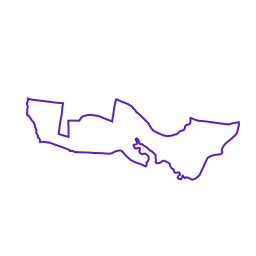 Nain Feto, Dili, East Timor (Equal Earth projection), rotated 290°
{"feature_id": "22284137B75963303915609", "entity_name": "Nain Feto", "entity_type": "district", "adm_level": 2, "iso_a3": "TLS", "parent_name": "East Timor", "parent_adm1": "Dili", "projection": "equal_earth", "projection_center": [125.588, -8.569], "detail": "fine", "context": "isolated", "style": "outline", "palette": "violet", "viewbox_px": 256, "rotation_deg": 290, "n_neighbors": 0, "source": "geoboundaries", "source_scale": "gbopen_adm2", "svg_char_len": 4105}
<svg xmlns="http://www.w3.org/2000/svg" viewBox="0 0 256 256"><g transform="rotate(290 128 128)"><path d="M171.3,230.1L169.7,227.2L167.7,224.0L166.2,222.2L165.0,218.4L164.1,214.2L162.4,206.4L160.9,199.4L159.2,192.8L158.9,191.3L158.8,189.6L158.7,187.0L158.9,184.4L158.9,183.3L158.2,183.4L156.4,184.1L154.3,184.9L152.1,184.1L151.0,182.0L150.0,181.2L148.6,181.2L147.0,181.4L145.2,181.2L143.9,179.5L142.8,178.1L141.1,177.1L138.9,175.9L138.1,174.6L136.4,172.5L134.9,169.9L133.8,167.7L133.4,165.4L133.2,163.3L133.5,157.5L134.0,154.0L134.6,152.0L135.6,150.0L137.0,148.6L137.7,147.4L139.6,145.2L140.6,143.2L141.2,141.6L143.8,136.1L145.2,132.7L145.7,130.6L147.3,128.5L148.5,125.9L149.4,124.8L149.9,122.8L150.5,119.6L150.5,117.7L150.6,115.9L150.6,113.2L150.8,111.3L150.9,108.4L151.0,107.2L150.1,106.9L149.4,107.2L144.8,107.7L140.5,108.5L136.9,109.3L131.8,110.2L128.7,110.9L128.9,103.2L129.0,100.6L129.2,96.4L128.0,90.4L127.3,87.4L125.6,84.6L124.0,82.1L123.1,81.3L122.1,80.7L121.0,80.4L119.5,80.1L118.0,79.5L117.5,77.6L116.8,75.5L115.8,72.9L114.4,69.4L111.0,70.7L109.6,71.3L108.1,72.0L104.1,73.4L102.1,74.2L99.3,75.2L99.1,71.9L98.7,67.0L98.7,64.9L105.8,63.3L112.4,62.0L116.1,61.4L119.8,60.7L125.7,59.1L129.1,58.5L127.8,53.9L126.4,48.2L124.6,40.0L122.7,32.1L121.7,27.6L121.4,23.9L121.1,24.0L120.7,24.2L120.4,24.3L120.1,24.4L119.9,24.5L119.7,24.5L119.3,24.5L118.3,24.6L117.9,24.6L117.7,24.6L117.1,24.5L116.9,24.5L116.7,24.6L116.2,24.7L116.0,24.8L115.7,25.0L115.4,25.3L115.1,25.6L114.9,25.8L114.6,26.1L114.1,26.3L113.8,26.4L113.3,26.6L112.8,26.7L112.7,26.8L112.2,26.8L111.9,26.8L111.7,26.9L111.4,26.9L111.2,27.0L110.6,27.1L110.3,27.3L109.6,27.5L108.6,27.8L108.2,27.9L108.0,28.0L107.7,28.0L107.4,28.1L107.2,28.1L106.8,28.3L106.3,28.7L106.1,28.8L105.7,28.9L105.6,29.0L105.4,29.2L105.8,30.3L105.7,30.4L105.5,30.6L105.4,30.8L105.2,30.9L105.1,31.2L104.8,31.5L104.0,32.7L103.8,33.1L103.6,33.2L103.5,33.4L103.2,33.7L102.9,34.1L102.7,34.3L102.3,34.9L102.2,35.1L101.7,36.0L101.5,36.4L101.3,36.6L101.2,36.8L101.0,37.1L100.9,37.3L100.7,37.5L100.3,38.1L100.1,38.2L100.0,38.4L99.8,38.5L99.7,38.7L99.5,38.8L99.1,39.2L98.9,39.3L98.7,39.5L98.4,39.8L98.2,39.9L97.9,40.0L97.5,40.3L97.1,40.5L96.9,40.8L96.6,41.0L96.4,41.2L96.2,41.3L95.6,41.6L95.1,41.8L95.0,42.3L94.5,42.6L93.6,43.1L92.7,43.0L92.0,43.4L91.9,43.8L89.6,46.3L88.9,46.2L88.3,46.5L88.1,47.6L87.4,48.6L86.5,49.3L86.0,49.7L84.7,50.2L85.5,51.6L86.2,54.0L87.2,58.4L87.5,59.9L87.4,61.8L87.4,67.4L87.5,71.4L87.5,76.3L87.4,78.9L87.4,80.3L86.9,80.6L86.8,80.8L86.6,81.0L86.6,81.4L86.7,81.7L86.8,82.1L86.9,82.3L87.2,82.3L87.3,82.5L87.5,83.7L87.2,86.2L87.3,86.8L87.9,88.3L89.3,92.8L91.7,100.1L93.0,104.9L94.2,108.6L95.4,112.1L96.4,115.8L97.6,119.7L98.3,120.6L98.9,121.5L100.1,122.6L102.5,125.1L103.9,127.5L104.3,128.9L104.3,129.6L103.5,131.7L102.5,133.2L100.4,137.6L98.8,141.5L98.3,146.1L98.4,152.7L97.9,157.6L98.4,158.1L99.4,158.1L100.7,157.8L101.5,157.2L103.9,158.1L105.9,158.1L108.3,156.9L109.3,155.2L109.8,152.6L109.0,151.4L108.1,149.9L108.7,147.6L110.3,146.5L111.9,146.5L112.7,146.3L113.2,145.6L112.7,144.1L111.5,143.1L111.4,141.2L112.1,140.8L113.1,139.3L114.0,139.1L115.1,140.8L116.6,142.1L117.8,141.3L119.3,139.6L120.2,139.0L121.3,139.8L120.6,141.2L119.7,142.3L117.9,143.8L116.8,145.3L117.7,146.8L116.7,149.1L116.6,150.1L116.1,152.7L115.0,155.0L114.4,156.5L114.1,158.8L113.1,161.0L111.8,163.5L110.4,163.7L108.9,164.3L107.5,165.2L105.7,165.4L104.8,166.4L104.9,167.6L106.1,169.9L107.4,170.8L108.8,171.7L109.5,172.7L109.5,175.3L109.0,179.1L107.9,180.0L106.5,180.9L105.1,182.6L104.6,185.2L102.7,186.2L102.0,187.4L102.7,189.0L103.8,191.3L102.0,193.0L100.6,191.9L98.3,191.6L97.5,193.1L98.0,195.4L100.6,195.7L101.7,195.6L101.7,196.4L100.8,197.1L100.5,198.7L101.5,199.4L101.9,200.8L101.4,205.6L101.4,206.2L103.9,209.0L108.1,211.3L111.4,211.6L117.6,212.2L123.3,212.6L127.2,213.0L130.3,215.8L132.1,218.1L133.8,221.6L134.8,223.6L136.0,224.8L137.2,225.0L138.1,224.5L139.0,223.7L140.7,223.5L143.0,223.8L144.4,224.0L147.4,225.4L153.6,229.0L158.6,231.6L159.7,231.9L161.3,232.1L163.3,231.9L165.2,231.6L167.2,231.5L169.9,230.8L171.3,230.1Z" fill="none" stroke="#5b21b6" stroke-width="2"/></g></svg>